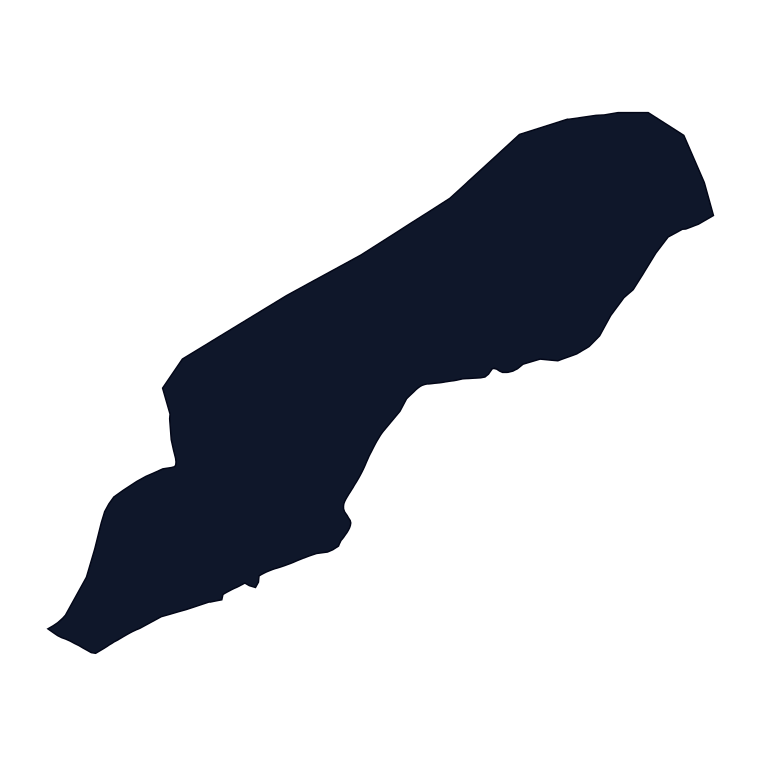 Mukayras, Al Bayda', Yemen (Natural Earth projection), rotated 185°
{"feature_id": "15242507B36585433603827", "entity_name": "Mukayras", "entity_type": "district", "adm_level": 2, "iso_a3": "YEM", "parent_name": "Yemen", "parent_adm1": "Al Bayda'", "projection": "natural_earth1", "projection_center": [45.819, 14.026], "detail": "fine", "context": "isolated", "style": "filled", "palette": "ink", "viewbox_px": 768, "rotation_deg": 185, "n_neighbors": 0, "source": "geoboundaries", "source_scale": "gbopen_adm2", "svg_char_len": 3848}
<svg xmlns="http://www.w3.org/2000/svg" viewBox="0 0 768 768"><g transform="rotate(185 384 384)"><path d="M697.5,110.8L691.1,107.1L687.2,104.9L682.9,103.2L678.6,102.1L677.8,101.8L674.3,100.6L669.7,98.6L665.0,96.8L660.7,94.7L656.6,92.9L653.1,91.3L652.2,90.9L647.8,90.6L641.8,94.9L639.6,96.5L637.1,98.4L634.8,100.3L632.5,101.9L630.4,103.6L628.3,104.9L626.6,106.0L626.0,106.5L624.0,107.9L622.1,109.3L620.1,110.7L618.1,112.1L615.6,113.8L612.8,115.6L610.7,116.8L609.0,117.8L608.1,118.2L606.0,119.3L585.6,132.8L576.9,136.1L569.0,139.2L561.5,142.0L553.8,145.3L539.3,151.6L538.2,151.6L534.5,152.7L530.0,154.0L526.8,154.9L526.1,160.3L524.6,161.4L524.2,161.7L522.0,163.2L519.8,164.6L517.8,165.9L515.5,167.3L512.9,168.7L510.6,170.1L509.3,171.0L507.8,171.9L505.3,173.6L500.6,171.4L494.3,170.1L491.8,175.7L491.8,181.9L489.6,183.5L487.1,185.1L485.0,186.4L482.9,187.5L480.7,188.6L478.5,189.7L476.4,190.6L474.0,191.5L473.8,191.6L471.8,192.4L469.5,193.4L466.8,194.6L464.5,195.7L461.9,196.9L458.9,198.4L456.9,199.5L454.5,200.8L451.7,202.2L448.8,203.7L448.4,203.8L446.0,205.0L443.7,206.1L441.5,207.1L438.5,208.4L436.4,209.3L425.6,211.7L420.6,214.4L415.2,218.6L414.7,220.4L413.6,223.3L413.2,224.4L412.0,226.0L410.6,228.2L410.3,228.8L409.2,230.7L407.9,232.9L406.7,235.4L405.8,237.7L405.2,240.1L405.0,242.7L405.8,245.1L407.7,247.5L409.2,249.7L410.7,251.5L410.9,251.7L412.3,253.5L413.4,256.1L413.7,258.7L413.6,261.2L412.9,263.7L411.9,266.2L410.8,268.5L409.5,271.2L408.2,273.6L407.0,276.0L406.3,277.3L405.7,278.5L405.0,280.1L404.4,281.3L402.9,284.2L401.8,286.5L400.6,289.1L399.3,292.1L398.3,294.5L397.2,297.3L396.2,300.1L395.3,302.8L395.1,303.5L394.6,305.0L393.5,308.2L392.6,310.9L391.6,313.4L390.5,316.0L389.4,318.8L388.3,321.5L387.3,323.9L386.1,326.6L384.9,329.0L383.7,331.5L383.2,332.5L382.2,334.3L380.8,336.6L365.7,358.3L363.9,362.6L360.6,370.4L360.2,371.3L358.2,373.7L357.9,374.0L357.4,374.6L353.3,379.2L351.8,381.0L351.7,381.1L351.4,381.4L350.0,382.8L349.2,383.5L348.1,384.5L346.1,385.9L343.4,387.1L341.2,387.8L338.7,388.1L336.2,388.6L333.4,389.2L331.2,389.6L329.0,390.0L326.7,390.5L324.4,391.1L322.3,391.7L322.0,391.7L319.3,392.4L317.1,392.9L316.6,393.0L314.7,393.4L312.1,394.1L309.9,394.8L307.4,395.6L306.2,396.0L303.0,396.5L302.9,396.5L299.8,396.9L294.0,397.8L293.8,397.8L288.3,398.6L284.0,399.8L282.6,401.2L280.8,402.9L279.4,405.4L277.9,407.9L277.7,408.5L275.3,409.3L275.3,409.0L272.8,408.6L272.4,408.3L270.0,407.0L266.9,405.9L261.7,406.4L256.7,408.1L254.4,409.6L252.4,410.8L248.7,414.4L247.5,415.6L247.1,415.9L243.6,417.3L241.3,418.2L230.7,422.4L229.0,422.4L218.8,422.3L218.7,422.3L213.8,422.3L212.8,422.3L209.9,423.7L209.5,423.9L209.1,424.1L204.1,426.4L202.1,427.3L199.7,428.4L194.6,430.8L190.2,434.0L188.8,435.0L185.8,437.1L183.0,439.2L177.9,445.3L173.4,450.8L168.2,462.7L167.4,464.5L164.1,472.0L159.7,479.2L154.7,487.3L152.6,490.8L148.2,495.4L145.8,497.8L144.0,499.7L140.5,506.5L137.3,512.7L135.7,515.8L135.5,516.2L134.1,519.1L131.3,524.7L127.1,533.1L124.6,538.1L113.8,555.2L100.2,564.2L97.0,564.7L96.7,564.8L91.9,567.1L88.3,568.9L84.7,570.6L70.5,580.6L82.1,611.6L82.7,613.0L99.5,644.0L107.0,657.8L144.5,677.4L174.7,674.7L188.1,671.2L196.2,670.1L223.0,663.8L224.3,663.8L270.8,644.4L299.4,613.1L315.1,596.0L317.7,593.2L319.4,591.2L323.8,586.4L334.6,574.7L358.1,556.6L369.8,547.7L378.6,540.9L383.1,537.4L413.5,514.1L417.9,510.7L461.4,481.8L461.9,481.5L484.1,466.7L488.9,463.5L508.5,449.1L539.2,426.5L559.6,411.5L560.2,411.0L587.0,391.3L604.2,360.6L595.9,339.0L594.5,335.4L594.5,330.7L591.1,310.0L587.9,299.8L585.2,292.0L584.4,288.3L584.4,285.4L585.3,283.4L588.6,282.2L596.9,280.2L606.3,274.9L613.0,271.3L621.8,265.4L634.5,255.4L643.3,247.9L647.6,240.6L651.2,232.4L651.4,231.2L653.5,221.3L657.7,194.9L658.2,192.3L663.2,167.5L663.6,165.6L681.2,125.9L683.7,122.6L688.3,117.7L692.5,114.3L697.5,110.8Z" fill="#0f172a" stroke="#020617" stroke-width="1.5"/></g></svg>